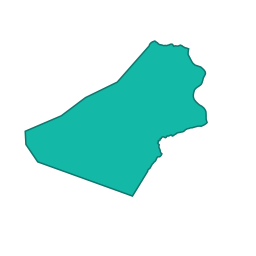 Las Lajas, Comayagua, Honduras, rotated 148°
{"feature_id": "27666195B78800320029736", "entity_name": "Las Lajas", "entity_type": "district", "adm_level": 2, "iso_a3": "HND", "parent_name": "Honduras", "parent_adm1": "Comayagua", "projection": "robinson", "projection_center": [-87.665, 14.899], "detail": "fine", "context": "isolated", "style": "filled", "palette": "teal", "viewbox_px": 256, "rotation_deg": 148, "n_neighbors": 0, "source": "geoboundaries", "source_scale": "gbopen_adm2", "svg_char_len": 4953}
<svg xmlns="http://www.w3.org/2000/svg" viewBox="0 0 256 256"><g transform="rotate(148 128 128)"><path d="M58.0,90.7L57.8,91.3L57.6,92.3L57.4,93.1L57.2,93.5L57.1,93.8L56.9,94.4L56.5,95.0L56.1,95.7L55.0,97.4L54.5,98.3L54.2,98.9L53.7,99.7L53.5,100.1L53.3,100.5L53.2,101.0L53.1,101.5L53.0,101.9L53.0,102.2L53.0,102.6L53.0,102.9L53.0,103.4L53.0,104.0L53.1,104.3L53.1,104.8L53.2,105.2L53.3,105.5L53.7,106.6L53.9,107.3L54.0,107.6L54.3,108.0L54.5,108.4L54.8,108.9L55.0,109.3L55.2,109.8L55.4,110.2L55.5,110.7L55.7,111.3L56.0,112.4L56.3,113.6L56.5,114.5L56.5,114.9L56.6,115.5L56.7,116.2L56.7,116.6L56.7,116.9L56.7,117.5L56.6,117.9L56.5,118.2L56.4,118.8L56.2,119.5L56.1,119.8L55.9,120.0L55.4,120.9L54.9,121.7L54.4,122.2L53.7,123.0L53.0,123.7L52.4,124.2L52.1,124.5L51.6,124.8L51.4,125.0L51.1,125.1L50.8,125.3L50.5,125.4L49.8,125.6L49.4,125.7L48.7,125.8L48.0,125.9L47.4,125.9L46.8,125.9L45.9,125.9L45.1,126.0L44.4,126.0L43.6,126.1L43.1,126.2L42.8,126.3L42.6,126.4L42.1,126.6L41.7,126.9L41.3,127.1L41.0,127.4L40.3,128.0L39.7,128.5L38.9,129.2L38.2,130.0L37.8,130.3L37.5,130.5L37.2,130.7L36.1,131.4L35.3,131.8L34.2,132.5L33.8,132.8L33.7,133.0L33.4,133.2L33.3,133.5L33.1,133.8L33.0,134.1L32.9,134.4L32.8,134.8L32.7,135.2L32.7,135.6L32.8,136.2L32.8,136.7L33.0,137.8L33.1,138.2L33.3,138.9L33.5,139.7L33.7,140.3L33.9,141.0L34.0,141.1L34.1,141.3L34.2,141.5L34.6,141.9L35.3,142.8L35.8,143.4L36.9,144.7L37.3,145.2L37.5,145.5L37.8,145.9L38.0,146.3L38.1,146.7L38.3,147.3L38.4,147.7L38.5,148.1L38.6,148.6L38.7,149.0L38.7,149.4L38.7,150.2L38.7,150.8L38.6,151.6L38.6,152.2L38.4,154.4L38.3,155.8L38.2,157.3L38.1,158.5L37.9,158.7L37.8,158.9L37.5,159.4L37.3,159.7L36.9,160.3L36.5,160.8L36.1,161.3L35.3,162.2L34.6,163.0L35.6,164.2L36.0,164.8L36.3,165.1L36.9,165.6L37.3,166.1L37.5,166.6L38.2,167.9L38.5,168.5L38.5,168.8L38.8,169.4L39.1,169.7L39.4,170.3L39.9,170.6L41.2,170.8L41.7,170.8L42.2,171.0L42.5,171.1L43.2,171.7L43.7,172.1L44.3,172.6L45.1,172.9L45.8,172.9L46.0,173.3L45.9,174.0L45.9,174.3L45.9,174.8L46.1,175.6L46.4,175.9L46.6,176.0L47.2,176.4L47.7,176.5L48.2,176.6L48.9,176.7L50.0,176.9L50.4,177.1L51.0,177.3L51.6,177.4L52.1,177.8L52.6,178.3L53.1,178.5L53.8,178.8L54.2,179.1L54.6,179.5L54.9,180.0L55.2,180.3L55.6,180.7L56.1,181.2L56.6,181.5L57.0,182.0L57.5,182.8L57.7,183.4L57.8,184.1L57.9,184.6L58.4,185.7L58.6,186.1L58.8,186.4L58.8,186.9L59.1,187.3L59.5,187.7L60.2,187.8L60.9,187.9L61.6,188.1L62.2,188.1L63.1,188.1L63.8,187.9L64.4,187.8L64.8,187.6L65.5,187.3L66.5,186.4L112.8,172.6L148.0,176.3L178.1,173.7L216.9,179.7L223.3,168.1L222.5,147.1L160.3,67.9L134.2,80.9L134.1,81.2L133.9,81.5L133.7,81.6L132.8,82.0L132.5,82.0L131.6,82.2L130.9,82.2L130.7,82.3L130.4,82.4L130.0,82.6L129.6,82.8L129.2,83.1L128.7,83.4L128.4,83.5L128.2,83.6L127.5,84.0L127.0,84.3L126.8,84.4L126.5,84.5L126.3,84.6L125.6,84.7L125.2,84.8L124.7,85.0L124.1,85.2L123.7,85.3L123.0,85.3L122.8,85.4L122.4,85.5L122.0,85.6L121.8,85.7L121.6,85.8L120.9,86.3L120.2,86.8L119.2,87.4L118.8,87.6L118.4,87.7L118.2,87.8L118.0,87.7L117.0,87.2L116.5,86.9L116.2,86.8L115.9,86.8L114.2,87.3L113.8,87.6L113.5,87.8L113.1,88.0L112.9,88.2L112.9,88.3L113.0,88.5L113.2,88.9L113.2,89.1L113.3,89.4L113.3,89.6L113.2,90.6L113.1,90.8L113.0,91.0L112.8,91.5L112.7,91.8L112.5,92.2L112.4,92.6L112.4,92.8L112.3,93.3L112.2,94.1L112.1,94.5L112.1,94.8L112.0,95.3L111.9,95.5L111.3,96.3L111.0,96.6L110.8,96.8L110.5,97.1L110.4,97.2L110.4,97.4L110.5,97.8L110.5,98.0L110.6,98.3L110.7,98.5L110.8,98.7L110.9,98.8L110.9,99.0L110.9,99.3L110.9,99.5L110.7,99.6L110.4,99.6L110.0,99.8L109.8,100.0L109.6,100.2L109.5,100.4L109.5,100.5L109.4,100.8L109.2,101.0L108.9,101.2L108.7,101.2L108.4,100.9L108.2,100.7L107.9,100.6L107.7,100.6L107.4,100.7L107.2,100.9L107.0,101.0L106.7,101.3L106.6,101.5L106.4,101.8L106.2,101.9L105.9,101.6L105.7,101.5L105.4,101.5L105.1,101.7L104.9,101.9L104.7,102.0L104.3,102.1L104.0,102.2L103.8,102.2L103.5,102.1L103.3,102.0L103.0,101.9L102.8,101.8L102.5,101.6L102.4,101.4L102.2,101.2L101.9,100.6L101.7,100.3L101.6,100.1L101.4,100.0L101.3,99.9L101.2,99.9L100.8,99.9L100.5,99.9L100.2,100.0L99.9,100.2L99.8,100.4L99.7,100.4L99.6,100.5L99.4,100.5L99.3,100.4L98.9,100.3L98.5,100.1L98.0,99.8L97.8,99.7L96.8,99.5L96.5,99.5L96.2,99.5L95.9,99.5L95.7,99.4L95.4,99.4L95.2,99.3L95.1,99.1L94.9,98.9L94.7,98.7L94.7,98.4L94.8,98.1L94.8,97.9L94.7,97.8L94.5,97.6L94.4,97.6L94.2,97.5L93.9,97.5L93.3,97.6L92.2,97.6L91.1,97.6L90.2,97.6L89.7,97.6L89.0,97.8L88.9,97.8L88.7,97.7L88.4,97.6L86.4,96.8L85.3,96.5L84.3,96.0L84.0,95.9L83.5,95.8L83.1,95.7L82.8,95.7L82.6,95.7L81.9,95.7L81.6,95.7L80.9,95.9L80.6,96.0L80.4,96.0L80.0,96.0L79.3,96.0L78.9,96.0L78.6,96.0L78.2,95.9L77.9,95.8L77.2,95.6L76.8,95.4L76.4,95.3L75.5,95.1L75.0,95.0L74.7,94.9L74.4,94.8L74.2,94.6L73.9,94.4L73.6,94.3L73.3,94.1L73.0,94.0L72.4,93.9L71.4,93.6L70.4,93.3L69.4,93.0L68.5,92.7L68.1,92.6L67.5,92.4L67.0,92.1L66.4,91.7L65.0,90.8L64.9,90.7L64.7,90.6L63.5,90.5L62.1,90.3L61.7,90.3L61.1,90.3L60.4,90.3L59.8,90.4L59.1,90.4L58.0,90.7Z" fill="#14b8a6" stroke="#0f766e" stroke-width="1.5"/></g></svg>